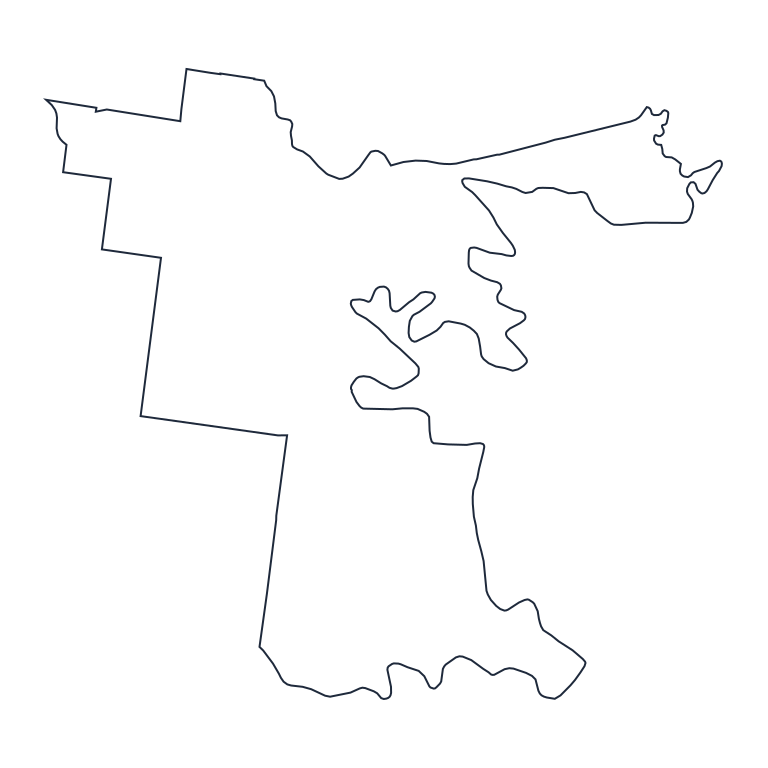 outline of Yarra, Victoria, Australia
{"feature_id": "25037944B16645516556899", "entity_name": "Yarra", "entity_type": "district", "adm_level": 2, "iso_a3": "AUS", "parent_name": "Australia", "parent_adm1": "Victoria", "projection": "equal_earth", "projection_center": [145.012, -37.805], "detail": "fine", "context": "isolated", "style": "outline", "palette": "slate", "viewbox_px": 768, "rotation_deg": 0, "n_neighbors": 0, "source": "geoboundaries", "source_scale": "gbopen_adm2", "svg_char_len": 6102}
<svg xmlns="http://www.w3.org/2000/svg" viewBox="0 0 768 768"><path d="M646.8,107.1L641.0,115.3L638.9,117.5L635.6,119.7L630.4,121.6L564.5,137.8L554.9,139.7L545.7,142.6L499.2,154.7L497.0,154.7L476.4,159.3L473.7,159.4L456.2,163.6L450.1,164.1L443.9,163.9L439.1,163.4L426.7,161.0L415.6,160.6L403.5,162.0L390.9,165.5L385.2,156.0L384.3,154.9L382.2,153.3L378.0,151.0L375.3,150.8L371.4,151.6L370.4,152.3L368.4,155.0L359.6,167.5L352.9,173.6L348.6,176.6L342.7,178.7L339.2,178.9L328.2,174.7L326.3,173.5L318.4,166.3L309.8,156.5L302.9,151.5L297.1,149.4L293.2,147.0L292.4,145.9L292.0,144.1L291.9,140.4L291.0,135.8L290.7,132.1L292.1,126.4L292.3,124.0L291.2,121.6L290.1,120.3L287.8,119.5L281.6,118.4L279.0,117.3L277.0,115.3L275.7,111.1L275.3,103.4L274.0,96.4L271.3,91.1L266.5,86.2L264.2,80.7L254.2,79.2L254.3,78.6L220.4,73.5L220.4,74.2L210.2,72.8L186.5,69.0L181.4,109.1L180.3,121.2L106.8,109.5L95.8,111.7L96.4,107.8L46.1,99.8L51.8,105.1L55.1,109.9L56.4,113.5L57.0,117.6L56.6,128.3L57.6,133.9L58.5,136.2L60.4,139.2L62.7,141.7L66.5,144.8L63.1,172.2L111.0,178.8L101.9,249.4L161.0,257.8L140.6,416.1L277.9,435.4L287.1,435.3L276.3,515.7L276.2,520.0L266.9,593.8L259.5,646.9L263.2,650.5L273.0,663.6L278.9,673.7L280.9,677.8L283.6,681.7L287.3,684.4L291.1,685.5L302.6,686.8L311.2,689.2L325.1,695.7L330.1,696.7L350.5,692.6L359.8,688.4L362.4,687.7L365.3,688.1L373.8,691.3L377.2,693.3L381.2,698.1L383.8,699.0L386.4,698.6L388.2,697.9L389.6,696.8L390.5,695.3L391.1,692.9L391.0,686.8L387.4,669.8L387.7,667.6L388.6,666.3L392.0,664.0L393.8,663.4L398.4,663.6L400.8,664.3L407.5,667.2L418.7,670.9L424.3,676.2L429.4,686.4L430.5,687.5L433.7,688.6L435.0,688.4L436.4,687.3L440.0,683.6L441.2,681.5L442.9,668.9L444.2,666.4L445.7,664.6L455.9,657.4L459.4,656.3L462.7,656.6L471.3,660.1L483.3,668.9L488.6,672.3L491.1,674.5L492.4,674.9L494.2,674.8L504.6,669.2L509.3,668.2L513.5,668.6L526.1,672.9L532.0,675.9L535.5,679.4L538.4,690.7L539.8,693.5L541.5,695.3L543.9,696.6L546.8,697.5L554.8,698.8L560.5,695.4L570.5,685.3L575.0,680.0L580.4,672.5L584.5,666.2L585.5,663.0L585.1,661.7L582.8,659.0L572.6,650.3L558.6,641.3L551.3,635.4L543.3,630.2L541.1,626.4L540.0,623.1L538.9,618.8L537.7,611.2L534.2,603.7L532.7,602.2L528.8,599.7L527.4,599.4L524.6,600.0L519.0,602.5L508.1,609.6L506.2,610.4L504.4,610.6L500.2,609.0L496.3,606.0L490.9,600.0L487.8,594.5L486.5,590.8L483.6,561.0L481.3,551.2L478.2,539.9L476.8,533.1L475.9,525.6L473.9,516.7L472.8,504.0L472.7,497.0L473.3,490.1L477.3,478.2L479.1,468.6L483.3,451.9L484.2,447.3L484.2,446.1L483.7,444.8L482.9,444.0L480.1,443.2L475.0,443.5L466.7,444.9L448.1,444.4L433.6,443.2L431.7,441.6L430.5,437.5L429.6,430.8L429.1,416.8L427.0,413.8L424.2,411.8L417.6,408.9L412.7,408.3L402.8,408.3L392.4,409.3L363.2,408.6L361.2,407.6L359.5,406.0L356.5,402.0L351.7,391.9L351.8,390.1L351.0,388.9L351.0,387.3L351.5,385.4L353.8,381.8L356.4,378.5L358.0,377.4L359.3,376.8L363.6,376.2L369.8,377.0L374.5,379.2L381.2,383.4L387.0,386.2L389.5,387.8L392.4,388.6L393.8,388.6L396.6,388.1L402.0,386.1L411.0,380.8L416.7,376.4L418.0,375.2L418.6,373.3L418.8,368.6L418.3,366.9L415.4,363.4L399.7,348.6L390.7,341.3L384.8,334.6L378.6,328.3L366.2,318.6L356.9,313.6L355.4,312.1L351.9,306.9L351.2,305.3L350.8,303.7L351.3,301.1L352.8,299.9L359.8,299.4L363.9,300.1L368.2,301.8L369.1,301.6L370.1,301.1L371.4,299.2L374.6,291.4L376.0,289.2L377.9,287.7L379.8,286.9L383.9,286.6L385.9,287.3L387.7,288.8L389.0,290.7L389.6,293.2L390.3,305.7L390.8,307.9L392.6,310.6L395.7,311.5L397.6,311.2L399.8,310.0L409.1,302.2L413.4,299.4L420.2,293.2L421.8,292.5L425.5,291.9L431.5,292.7L433.4,293.7L434.5,295.0L434.9,296.8L434.5,298.4L432.2,301.8L430.9,303.3L419.5,311.8L413.8,314.8L412.4,316.1L409.8,320.9L408.9,326.9L408.6,333.0L409.3,337.1L411.7,340.5L414.3,341.7L416.3,341.4L429.5,334.8L436.7,330.5L440.5,326.8L443.2,323.0L444.9,321.9L448.7,321.3L460.8,323.6L464.8,324.8L469.8,327.5L473.8,330.7L476.9,334.0L478.7,338.5L480.1,346.5L481.1,354.4L481.7,356.4L483.6,359.1L488.6,363.2L495.9,366.5L504.9,368.1L512.7,370.7L517.9,369.4L520.6,367.8L523.5,365.8L525.7,363.6L526.7,362.3L526.9,361.0L526.6,359.6L526.0,358.2L519.0,349.5L513.0,342.9L507.5,337.6L506.5,335.9L506.0,334.3L506.1,332.8L506.7,331.5L509.9,328.5L520.0,323.2L523.9,320.3L525.0,319.0L525.4,317.5L525.4,316.2L525.0,314.9L524.2,313.5L521.7,311.8L514.1,310.1L499.5,303.1L498.3,301.9L497.5,299.8L497.2,296.7L497.8,294.6L500.8,289.9L501.4,288.3L500.9,285.4L499.9,283.8L497.2,282.2L491.0,280.6L484.2,278.0L471.5,270.6L469.6,267.8L468.9,266.3L468.5,263.7L468.8,252.5L469.1,250.1L469.8,248.6L470.8,247.9L474.2,247.5L476.6,247.9L489.8,252.7L501.7,254.1L506.3,255.4L511.2,256.0L513.0,255.8L514.2,255.0L514.9,253.8L515.1,252.2L514.8,249.9L512.8,245.7L510.9,242.9L502.9,233.0L496.8,224.4L493.4,217.5L489.0,210.5L475.2,195.1L472.2,192.1L464.8,186.8L462.6,183.1L462.2,181.4L462.3,180.1L464.3,178.5L469.0,178.4L487.1,181.3L497.2,183.6L506.2,186.3L511.8,187.4L516.3,188.9L522.4,192.0L525.6,193.0L532.2,191.9L536.4,188.8L538.3,188.0L542.6,187.8L553.4,188.1L568.5,193.2L575.2,193.0L580.8,191.9L584.1,192.4L586.9,194.1L594.6,210.3L597.3,213.1L607.6,221.1L610.9,223.5L613.9,224.7L621.3,224.9L645.8,222.7L682.8,222.9L686.3,221.9L688.9,219.5L689.9,217.6L691.8,212.9L693.2,206.4L692.9,202.6L692.4,200.9L691.6,199.2L687.8,194.0L687.0,191.6L687.2,188.2L689.4,183.9L690.8,182.4L693.6,182.2L695.5,183.9L697.5,189.7L699.2,191.6L701.3,193.2L702.4,193.5L704.5,193.0L706.5,191.3L707.8,189.4L712.7,180.1L717.2,173.0L719.0,171.0L721.6,166.1L721.9,163.7L721.6,162.3L721.2,161.5L719.9,160.7L717.4,161.2L714.9,162.6L710.0,166.5L706.3,168.1L694.4,172.0L692.7,173.2L691.0,175.3L688.0,177.1L684.1,176.5L682.3,175.5L680.6,173.8L679.9,171.3L679.9,169.4L680.9,163.9L675.2,159.4L671.7,157.4L666.1,157.0L664.7,156.2L662.7,153.5L662.3,149.0L661.2,144.9L657.9,144.6L656.1,143.7L654.1,140.5L654.0,138.6L654.7,135.6L655.9,135.1L658.8,136.2L660.2,136.1L662.4,134.6L663.7,132.6L663.6,130.4L662.1,127.0L662.0,125.7L662.5,125.1L665.1,124.6L666.5,123.3L667.9,117.6L668.3,113.1L667.9,111.9L666.4,110.8L664.4,110.2L662.6,111.3L660.8,113.8L658.5,115.0L654.0,115.1L651.9,113.9L650.9,110.4L650.1,108.8L648.6,107.6L646.8,107.1Z" fill="none" stroke="#1e293b" stroke-width="2"/></svg>